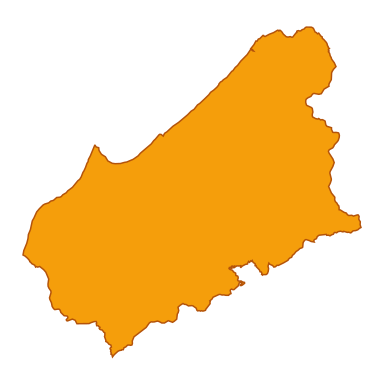 Jama, Manabi, Ecuador
{"feature_id": "8360857B32343432212573", "entity_name": "Jama", "entity_type": "district", "adm_level": 2, "iso_a3": "ECU", "parent_name": "Ecuador", "parent_adm1": "Manabi", "projection": "mercator", "projection_center": [-80.22, -0.215], "detail": "fine", "context": "isolated", "style": "filled", "palette": "amber", "viewbox_px": 384, "rotation_deg": 0, "n_neighbors": 0, "source": "geoboundaries", "source_scale": "gbopen_adm2", "svg_char_len": 5933}
<svg xmlns="http://www.w3.org/2000/svg" viewBox="0 0 384 384"><path d="M358.3,215.0L357.3,214.9L353.5,216.1L351.8,215.3L348.8,215.5L347.4,214.7L346.4,213.1L344.0,212.3L340.4,210.0L339.1,209.7L339.1,207.5L338.8,205.8L337.6,204.6L336.9,203.1L335.5,201.8L334.7,200.1L334.8,197.2L331.4,193.0L328.6,186.5L330.3,183.1L331.3,180.0L331.3,178.9L329.8,173.0L330.2,171.4L332.8,166.6L334.2,162.6L332.9,159.0L329.0,153.0L328.4,151.2L329.3,149.7L332.7,147.9L333.7,146.5L334.4,144.8L337.5,141.5L338.4,140.0L339.2,137.4L339.4,135.4L338.8,133.2L338.3,132.8L336.1,132.4L333.8,132.5L332.8,132.3L331.5,129.5L331.5,127.7L326.9,126.3L325.8,124.8L325.1,121.1L323.5,120.1L322.1,119.6L320.6,119.9L318.7,118.5L317.9,119.1L315.6,118.6L312.7,117.0L312.3,116.0L312.3,114.2L312.9,112.1L312.3,108.5L311.6,107.6L307.0,105.5L306.4,104.9L305.7,102.4L305.8,100.1L306.3,99.1L307.9,97.8L310.9,96.4L312.6,94.0L314.0,93.4L318.9,94.3L321.3,93.7L324.1,89.1L329.0,86.2L328.8,85.6L329.1,83.7L331.3,79.7L331.6,73.0L332.1,71.6L333.5,69.3L336.0,66.6L334.3,62.8L331.6,59.1L331.2,57.6L330.2,55.8L329.6,53.3L328.4,51.8L329.1,51.0L328.3,49.9L329.4,48.4L328.5,48.0L328.1,46.5L327.4,45.4L327.2,44.1L326.4,42.5L323.6,39.3L322.4,38.5L322.1,36.8L321.0,36.2L318.7,33.1L317.5,33.8L316.4,32.6L315.1,32.0L313.4,28.3L311.6,27.2L306.5,27.1L305.4,27.5L304.1,29.0L302.1,29.7L300.8,30.8L299.8,31.0L298.4,30.6L297.0,31.0L296.7,31.6L296.9,32.5L296.0,32.9L292.8,37.0L292.0,37.3L290.2,36.6L288.0,37.1L286.2,36.7L283.3,34.1L282.1,32.2L280.6,30.6L279.9,30.2L278.9,31.0L278.3,30.3L277.6,30.2L273.6,32.6L269.4,34.2L265.1,36.5L264.2,36.3L263.7,35.5L263.0,35.4L259.7,38.7L258.4,39.0L257.0,41.2L255.9,41.0L254.0,44.6L250.8,48.6L252.4,49.6L253.6,51.0L252.7,50.8L250.8,49.2L247.2,54.6L240.7,61.2L237.6,65.4L235.2,67.5L232.9,70.7L231.7,71.4L226.9,77.4L223.4,79.7L222.0,81.2L220.5,82.0L219.0,83.8L218.6,85.1L216.9,87.2L213.6,90.2L210.6,92.3L208.8,94.8L204.5,99.0L199.8,103.4L197.5,104.9L194.1,109.3L191.1,111.2L187.6,114.8L178.6,122.4L173.0,126.2L166.7,132.0L165.0,133.0L164.4,133.7L163.2,136.1L161.1,134.4L159.8,134.3L159.0,134.8L155.4,139.1L153.7,140.7L151.3,143.9L140.4,153.2L138.1,155.9L133.2,159.3L126.8,162.0L124.4,162.4L120.5,163.5L115.2,163.7L112.2,163.3L107.8,160.9L105.4,156.8L101.9,154.6L101.1,153.8L99.0,150.4L98.7,147.7L96.2,147.0L95.1,145.3L94.7,145.3L90.3,156.0L88.4,159.5L88.1,161.6L87.0,163.3L85.5,167.5L83.9,171.0L83.0,172.3L81.2,176.9L79.7,179.3L77.8,180.8L72.5,187.3L67.8,190.8L66.2,192.8L62.9,194.7L61.2,196.6L59.9,197.2L56.7,197.5L53.4,200.4L50.7,201.1L48.8,202.8L44.7,204.1L43.1,205.0L39.4,208.7L36.7,211.9L33.9,218.1L32.3,220.9L30.4,229.7L28.4,234.5L28.0,238.5L26.8,243.2L23.8,250.6L23.0,255.0L25.1,256.1L27.6,258.3L29.7,260.8L29.7,261.6L30.8,262.4L31.7,263.6L34.7,265.2L35.6,267.1L36.5,266.6L37.7,267.1L39.7,266.5L43.6,269.6L45.8,272.1L48.7,279.0L48.0,284.0L48.1,286.3L49.0,288.3L50.9,291.0L51.0,292.8L49.5,297.8L49.8,299.3L51.4,302.7L52.2,306.5L53.6,308.7L54.8,309.6L58.1,309.1L59.3,309.3L60.0,310.0L60.9,312.5L64.1,315.7L67.0,316.0L67.6,316.5L67.9,317.4L67.7,318.1L66.3,319.6L66.5,320.5L66.9,320.8L67.6,320.9L72.4,319.1L75.2,320.3L76.9,323.7L89.0,323.6L91.1,322.6L94.1,321.6L96.2,321.5L96.6,322.5L96.6,323.4L96.3,323.6L96.7,325.7L98.2,325.7L98.6,326.3L100.0,327.3L99.8,327.8L99.2,328.2L99.7,329.2L100.4,329.6L102.3,330.1L103.8,332.2L104.8,332.8L104.9,335.2L104.5,336.5L105.9,340.5L105.8,341.5L107.5,342.4L108.9,344.2L110.9,345.1L111.4,347.1L110.3,347.9L110.0,348.8L111.0,350.0L110.6,351.3L111.2,352.9L110.9,354.1L111.8,354.4L112.5,356.9L114.2,354.7L117.9,351.3L119.6,350.5L121.5,350.2L121.8,349.7L123.3,349.7L124.0,347.7L125.8,346.9L127.5,345.2L129.0,345.0L130.5,345.3L131.9,345.0L132.4,343.7L132.3,340.9L134.0,336.8L146.1,327.5L149.2,323.1L150.4,322.2L151.6,321.8L152.3,322.0L154.3,321.9L157.4,321.1L159.2,321.6L161.8,323.0L164.5,323.0L168.2,320.7L172.6,322.3L174.2,321.3L176.7,319.2L177.3,314.1L178.2,312.5L178.7,310.5L178.0,307.2L180.1,305.3L183.0,303.5L184.3,304.3L186.1,304.5L188.4,305.9L191.7,305.6L192.8,305.8L196.1,308.1L197.0,310.4L197.7,310.9L199.1,310.6L200.6,311.1L201.4,310.7L202.9,311.1L204.8,310.6L205.5,310.3L205.8,309.3L210.1,303.7L209.9,302.7L210.3,301.6L209.8,300.9L211.9,299.2L213.1,297.2L219.0,294.5L220.1,294.4L222.0,295.0L223.9,294.9L225.8,295.3L228.6,295.3L229.5,294.3L231.0,293.6L230.2,290.6L230.6,289.6L231.6,289.1L233.0,289.7L234.0,289.6L238.2,285.9L239.3,282.8L240.4,282.5L241.8,283.0L242.0,283.7L241.5,284.3L240.4,284.8L240.3,285.5L241.2,285.6L242.5,285.0L244.6,283.3L244.5,282.4L242.7,282.0L241.1,281.0L239.1,281.1L238.1,280.8L237.6,280.0L238.2,278.0L238.1,277.0L237.7,276.1L235.9,275.5L235.6,273.1L233.4,271.8L232.5,270.3L229.9,269.4L229.0,268.6L229.4,267.5L231.4,268.3L232.0,268.2L232.1,267.7L231.0,267.0L231.5,266.3L232.2,266.0L233.2,266.5L234.3,266.1L233.7,267.7L233.9,267.8L236.8,265.9L239.4,266.0L240.8,265.6L241.0,265.8L240.6,267.2L240.9,267.4L242.4,266.0L245.4,264.4L247.5,264.0L247.7,263.1L248.6,261.4L249.6,262.3L250.8,260.8L251.6,261.3L252.2,260.5L253.2,262.5L254.9,263.5L255.2,264.1L255.1,265.6L256.1,265.6L256.2,266.6L259.4,269.9L260.1,271.8L261.3,272.0L261.9,273.3L261.6,274.4L262.6,275.1L262.9,274.6L266.0,274.6L267.4,273.6L268.2,271.4L268.6,268.6L268.0,266.1L268.9,263.1L269.9,264.3L272.6,265.5L273.9,267.1L275.5,266.7L277.0,265.3L278.4,265.4L283.5,262.9L288.0,260.3L288.4,259.4L289.8,258.0L291.6,257.3L292.4,255.4L294.1,254.0L296.1,251.5L298.0,250.3L299.9,248.5L302.0,247.8L302.7,247.2L303.1,242.8L303.8,241.4L305.3,239.7L306.2,239.6L309.4,240.6L311.1,241.5L314.2,242.0L313.8,241.2L313.9,240.3L314.6,239.5L316.4,238.7L317.3,236.5L319.1,235.2L326.3,234.4L326.7,235.3L328.6,235.2L329.5,235.7L330.3,235.7L331.6,234.8L333.4,234.2L333.9,233.1L334.8,232.4L336.6,232.8L338.0,231.7L340.4,231.2L343.0,231.9L343.4,231.4L344.4,231.5L347.4,232.4L348.4,232.2L350.8,232.9L353.2,230.8L355.6,230.6L357.8,229.8L359.5,228.3L361.0,227.5L360.1,224.7L360.3,221.8L358.8,219.3L359.1,216.4L358.3,215.0Z" fill="#f59e0b" stroke="#b45309" stroke-width="1.5"/></svg>